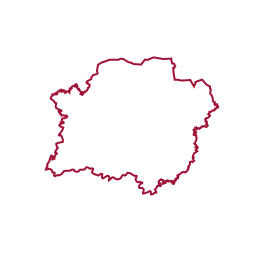 Kalētu pag., Priekules, Latvia, rotated 336°
{"feature_id": "27541924B96386637120748", "entity_name": "Kalētu pag.", "entity_type": "district", "adm_level": 2, "iso_a3": "LVA", "parent_name": "Latvia", "parent_adm1": "Priekules", "projection": "mercator", "projection_center": [21.495, 56.335], "detail": "fine", "context": "isolated", "style": "outline", "palette": "rose", "viewbox_px": 256, "rotation_deg": 336, "n_neighbors": 0, "source": "geoboundaries", "source_scale": "gbopen_adm2", "svg_char_len": 5775}
<svg xmlns="http://www.w3.org/2000/svg" viewBox="0 0 256 256"><g transform="rotate(336 128 128)"><path d="M188.2,79.3L180.1,73.9L173.7,73.7L171.2,72.4L165.8,75.4L158.9,71.7L157.7,69.8L155.1,68.0L151.8,63.1L149.4,61.7L146.8,61.7L139.1,58.2L130.1,57.5L126.2,58.1L122.7,63.6L122.8,64.9L122.3,65.7L121.7,66.0L117.6,65.5L115.0,67.0L114.6,67.9L114.0,68.4L109.7,68.7L108.6,69.5L108.5,70.1L108.7,70.7L109.7,71.1L109.8,71.9L110.5,73.1L109.1,75.0L107.6,75.0L107.1,76.1L104.8,77.3L104.0,77.1L103.9,77.5L102.8,77.9L102.4,77.3L101.7,77.2L101.6,77.9L99.8,79.2L98.5,77.8L99.3,77.4L99.2,76.6L99.4,76.4L100.2,77.1L100.7,76.5L99.3,75.2L98.7,73.4L98.5,73.2L99.3,72.9L99.3,72.4L98.6,72.2L97.9,70.8L97.9,70.3L98.7,69.8L98.7,69.4L97.2,68.9L98.7,67.9L98.8,67.2L98.1,66.7L97.6,66.8L96.2,68.0L95.8,67.8L95.9,67.4L95.5,67.3L93.7,67.3L93.1,67.7L92.9,68.0L92.9,68.7L92.6,68.9L90.9,68.1L90.7,68.3L91.0,69.6L89.9,70.4L89.6,69.9L89.1,69.9L89.3,70.7L88.8,71.8L88.1,70.1L87.3,69.7L85.9,70.4L84.9,70.4L85.4,68.8L84.5,68.3L85.0,67.9L84.8,67.6L83.9,68.1L83.8,67.3L82.9,67.6L83.1,67.1L82.8,65.8L81.2,65.8L81.0,66.6L81.4,66.6L81.5,67.2L80.6,67.0L80.4,66.6L78.9,65.9L77.5,66.9L76.7,66.8L76.7,67.3L77.3,68.0L76.9,68.2L76.4,67.6L75.9,68.0L75.4,67.4L75.3,67.8L75.0,67.8L74.6,67.1L73.7,67.3L72.8,66.5L72.1,67.7L71.5,67.6L70.2,68.6L69.4,69.6L69.7,70.5L70.8,72.2L71.7,75.6L72.5,76.2L70.7,78.9L70.4,80.1L71.8,82.3L74.2,84.7L74.0,85.5L73.3,85.6L72.5,85.0L72.1,84.4L71.6,84.3L71.3,84.8L71.6,86.3L71.5,87.3L72.6,88.1L72.3,89.6L74.7,90.4L75.6,91.5L76.8,91.5L77.1,92.2L77.1,93.0L74.9,93.5L71.7,92.6L70.3,94.6L70.5,95.3L71.5,96.3L71.5,96.9L71.1,97.3L69.9,97.0L68.7,95.8L68.2,97.1L67.0,97.0L66.4,97.5L66.3,97.9L66.6,98.9L68.5,100.6L69.0,101.4L66.9,103.4L62.0,106.2L62.2,106.9L63.5,107.0L63.9,107.9L63.8,111.9L62.8,114.2L57.2,113.0L56.0,113.2L55.7,113.8L55.8,114.8L55.3,116.0L55.8,117.6L53.7,118.7L51.5,120.5L51.4,120.8L51.6,121.1L52.5,121.8L52.6,122.5L50.7,123.1L48.9,124.9L48.3,126.2L47.3,125.7L46.4,126.1L45.9,125.8L47.1,124.7L47.9,123.5L47.1,122.1L46.5,122.0L46.2,122.8L44.8,123.5L43.0,126.0L39.5,128.3L39.0,129.0L38.8,130.4L37.5,131.0L36.1,132.6L39.7,133.3L41.1,135.3L41.3,135.8L40.9,137.9L42.4,138.6L42.8,139.4L41.1,141.2L41.3,142.0L41.8,142.3L44.6,142.4L45.8,143.3L49.0,143.0L51.6,141.4L53.1,141.6L58.0,143.5L59.6,143.2L61.5,144.0L61.5,145.6L63.7,147.4L64.9,147.5L67.2,146.6L71.1,148.2L73.8,147.0L75.2,147.5L76.8,149.9L78.7,150.1L79.4,151.0L79.3,151.7L77.6,153.2L77.1,154.0L77.2,154.7L77.9,155.8L81.4,159.3L84.6,158.9L85.5,159.2L85.7,160.0L84.5,161.5L84.1,162.9L84.5,163.8L89.7,163.2L90.6,163.8L90.9,164.5L90.7,165.4L90.8,166.6L89.5,167.4L89.3,168.1L93.7,166.7L94.6,167.2L96.3,169.9L98.2,170.9L99.7,171.1L101.2,170.7L103.1,169.3L104.3,168.9L106.2,170.3L107.2,170.1L108.5,169.0L109.5,168.8L111.6,170.2L114.3,174.2L116.3,175.2L116.0,176.2L114.4,177.4L114.1,178.1L113.9,179.1L114.5,181.0L115.0,181.6L116.8,182.0L118.8,183.7L118.5,184.2L116.8,184.2L115.3,184.8L114.0,186.3L114.0,187.3L114.2,187.6L116.4,188.4L117.4,189.9L117.0,191.3L115.3,193.3L115.1,193.9L115.6,194.3L119.7,194.7L122.4,194.5L122.7,194.9L122.8,195.5L122.5,196.7L122.0,197.7L122.2,198.2L124.3,198.5L125.0,198.1L126.1,198.1L127.6,198.5L127.8,198.0L127.6,195.1L130.2,194.0L130.9,193.0L132.0,192.9L132.9,193.3L133.8,194.2L134.5,194.2L134.8,193.7L133.8,192.2L134.5,191.9L134.6,191.4L133.7,191.2L133.8,190.6L134.3,190.2L134.2,189.3L136.8,188.3L137.4,188.4L137.4,189.0L138.4,189.5L139.6,191.0L137.4,191.9L136.8,192.6L136.9,193.1L140.2,193.4L141.2,191.9L143.0,191.9L143.1,192.1L142.8,193.0L143.0,193.3L146.0,193.8L146.8,194.6L146.8,194.9L145.9,195.4L146.4,196.1L146.1,197.0L146.8,197.6L147.6,197.5L148.3,196.4L148.5,195.2L149.9,195.5L151.4,194.6L150.5,194.7L150.2,194.3L150.4,194.0L151.4,193.7L152.1,194.0L152.6,193.6L153.2,194.2L153.4,194.0L153.3,192.9L153.9,191.4L154.5,191.7L154.4,192.2L154.6,192.4L155.7,191.1L158.2,191.0L160.0,190.3L161.5,191.4L162.1,191.3L162.3,191.8L164.0,191.6L164.8,190.8L165.6,190.7L166.7,189.7L166.5,189.3L167.4,188.8L167.0,188.3L167.3,187.8L169.9,186.4L170.4,184.5L170.9,184.1L172.4,184.5L173.0,185.4L175.1,184.8L174.8,184.2L175.0,183.0L174.7,182.3L175.2,181.6L175.9,181.5L175.4,180.8L176.1,179.8L178.3,177.9L181.5,177.5L181.0,176.8L181.0,175.5L181.9,175.9L182.1,175.0L183.8,174.2L183.7,173.5L182.8,173.9L182.0,173.0L183.3,172.7L183.1,172.0L183.3,171.3L182.8,170.7L182.3,169.3L183.2,169.2L184.5,167.5L185.9,166.3L186.5,165.3L186.8,163.5L187.4,162.2L185.6,161.5L185.2,160.9L185.9,160.0L186.5,159.8L186.4,159.5L187.2,159.3L187.2,159.8L188.1,160.1L188.5,159.7L187.8,158.2L187.0,158.1L187.1,156.4L188.3,156.3L189.0,155.4L189.8,156.8L190.2,155.7L190.6,155.3L190.9,156.3L190.8,156.7L191.4,156.9L191.2,156.4L191.3,156.3L191.8,156.8L192.2,156.7L192.9,157.7L193.3,157.4L194.3,157.5L195.6,157.1L195.7,156.6L196.0,156.5L197.5,157.2L198.4,157.1L198.5,157.8L200.2,158.9L201.9,158.1L201.8,157.6L201.0,156.6L201.8,156.3L201.7,155.5L202.5,154.7L201.8,154.1L202.3,153.7L202.2,153.2L201.8,153.5L201.6,153.3L201.9,152.5L202.4,152.2L202.2,151.6L202.3,151.1L203.7,150.8L204.9,151.2L207.8,150.3L207.8,149.0L207.3,148.9L207.0,148.3L208.1,148.1L208.2,147.8L208.0,147.4L208.8,147.1L209.0,146.4L210.5,146.9L212.4,146.3L214.0,147.1L215.2,146.2L215.4,145.7L216.1,146.1L217.9,145.6L218.8,145.8L218.9,144.5L218.4,144.6L218.1,144.1L218.9,144.0L218.9,142.6L218.4,142.6L218.0,141.9L216.9,142.2L216.7,141.4L216.8,140.9L217.5,140.5L217.8,139.8L216.5,138.3L217.6,134.9L217.7,132.0L217.2,130.8L217.2,130.0L218.3,127.8L219.2,126.9L219.1,124.6L219.9,123.4L217.4,120.5L215.3,113.9L208.4,113.4L207.9,114.4L205.2,116.9L204.4,109.5L196.4,106.5L192.1,103.6L190.3,102.9L192.1,96.0L193.4,92.4L193.7,91.7L194.7,92.0L195.1,91.7L195.1,91.1L196.5,90.3L196.1,89.4L196.2,87.9L194.6,87.0L195.2,83.8L195.1,83.7L195.8,82.2L188.2,79.3Z" fill="none" stroke="#9f1239" stroke-width="2"/></g></svg>